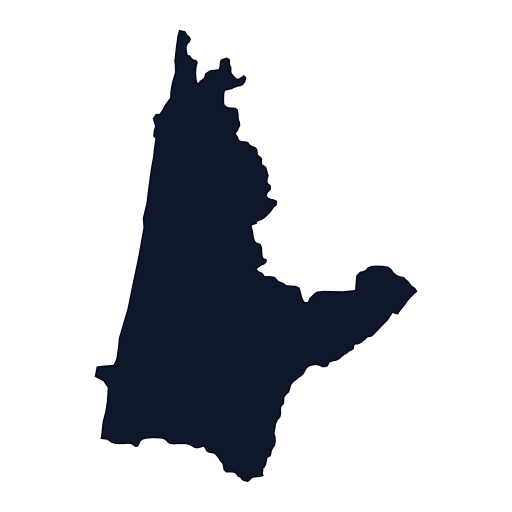 Hadera, Haifa, Israel (orthographic projection)
{"feature_id": "584046B72217003232480", "entity_name": "Hadera", "entity_type": "district", "adm_level": 2, "iso_a3": "ISR", "parent_name": "Israel", "parent_adm1": "Haifa", "projection": "orthographic", "projection_center": [35.034, 32.575], "detail": "fine", "context": "isolated", "style": "filled", "palette": "ink", "viewbox_px": 512, "rotation_deg": 0, "n_neighbors": 0, "source": "geoboundaries", "source_scale": "gbopen_adm2", "svg_char_len": 4889}
<svg xmlns="http://www.w3.org/2000/svg" viewBox="0 0 512 512"><path d="M262.7,475.4L262.1,473.5L262.6,470.5L262.6,467.9L264.0,467.1L265.3,464.7L266.1,461.4L266.8,457.6L270.0,455.6L270.7,453.4L271.0,451.0L272.5,447.8L274.4,445.2L275.1,441.1L274.9,437.1L273.8,433.7L274.1,431.1L274.7,428.5L275.2,424.4L276.6,420.9L277.5,419.3L279.7,416.9L280.4,414.0L280.4,412.9L280.3,409.2L280.6,406.7L282.3,404.5L283.1,403.9L283.5,402.1L283.5,400.6L283.6,398.7L283.8,396.8L284.7,395.7L286.0,393.9L287.7,392.7L288.5,391.6L288.9,390.5L289.6,388.2L289.9,387.2L290.0,386.3L290.8,384.4L291.9,382.8L293.3,381.3L296.1,379.3L298.9,376.8L300.4,376.0L302.3,374.2L302.8,373.8L303.7,372.7L304.1,371.3L305.8,368.7L306.2,368.1L307.5,366.7L308.8,365.8L311.1,365.0L314.3,364.5L316.7,364.4L320.0,365.3L322.9,366.6L325.2,366.4L327.3,365.7L328.6,362.9L329.2,361.5L331.6,361.1L333.6,360.4L335.6,360.2L337.4,359.4L339.4,358.3L341.0,356.7L342.4,355.6L344.2,354.2L346.2,353.2L348.9,350.8L350.2,350.3L352.0,349.5L353.1,348.6L353.5,346.1L353.6,344.9L355.1,343.8L357.4,343.8L358.7,343.3L361.1,342.1L363.0,340.3L365.3,338.8L365.8,337.7L367.2,336.9L368.8,336.4L370.9,336.1L372.7,334.9L376.3,331.1L382.1,325.0L387.6,319.5L389.5,316.3L391.2,314.0L391.7,312.6L392.6,312.1L395.5,313.2L397.9,313.7L398.4,312.1L400.0,310.2L401.6,308.0L404.0,305.3L406.4,301.6L408.2,299.5L410.9,296.3L412.9,294.8L413.9,293.3L416.5,291.3L414.6,288.4L411.5,286.4L409.8,284.2L407.9,281.8L405.1,279.4L403.7,277.8L400.5,277.1L397.1,276.0L394.9,274.5L393.3,273.1L390.5,269.1L387.7,267.3L382.4,266.5L376.7,266.3L371.7,266.6L368.3,267.9L366.1,270.6L362.7,272.0L360.4,272.3L357.0,275.8L356.1,285.7L355.8,290.3L353.7,291.0L350.3,291.2L342.5,292.0L323.5,291.6L317.2,292.3L314.5,294.2L312.1,296.5L310.2,298.3L308.6,302.4L305.8,302.9L303.9,302.3L302.7,300.5L301.4,297.3L300.2,292.5L299.0,288.2L295.6,286.6L286.0,285.9L283.7,284.0L280.5,282.6L277.9,281.7L276.0,279.3L274.4,277.5L270.5,276.9L267.1,276.8L264.3,276.8L262.0,273.5L258.4,272.0L255.9,269.7L256.7,268.1L259.1,266.3L261.0,265.0L263.9,263.8L265.7,262.2L266.2,260.1L262.9,258.6L262.0,256.3L261.5,252.4L261.4,247.6L260.0,244.5L256.5,243.4L254.5,241.4L253.3,238.3L252.6,233.5L252.2,230.8L250.9,226.6L251.7,224.6L254.5,223.7L256.1,223.3L256.7,221.4L259.0,220.0L261.0,219.5L265.0,216.9L266.6,215.3L269.2,212.7L271.1,210.4L273.0,207.4L276.2,204.6L276.2,201.2L273.5,200.1L270.3,199.4L267.2,197.9L266.1,195.3L267.2,192.2L269.6,189.9L270.4,188.3L270.0,185.7L267.1,183.4L266.7,180.0L268.0,175.8L267.5,174.6L266.6,171.0L265.5,167.3L261.4,164.6L261.1,161.7L261.5,158.9L259.8,157.0L257.2,155.2L257.0,152.3L256.5,149.4L255.0,147.7L252.7,147.0L249.7,145.5L248.0,143.1L246.5,142.2L242.9,142.0L239.3,141.2L237.9,139.3L237.3,137.1L235.3,134.4L235.0,132.8L236.8,131.2L238.3,127.8L239.5,125.6L239.3,122.7L238.0,118.9L237.8,113.7L237.0,109.6L235.3,108.6L233.2,108.3L229.9,108.2L226.3,107.3L223.7,104.7L223.4,102.5L223.4,96.8L223.7,92.6L224.8,90.1L227.7,89.3L231.6,88.5L233.6,87.3L237.4,86.0L240.5,85.4L242.9,84.1L244.5,81.8L245.6,77.9L243.7,75.9L242.2,77.2L238.9,79.3L236.5,79.4L234.5,77.6L231.5,74.1L230.6,72.2L230.7,67.5L229.4,64.9L229.2,60.0L227.0,58.3L225.3,58.7L221.5,60.1L220.6,62.2L220.2,66.3L219.6,69.6L214.3,70.6L211.7,70.6L209.4,71.5L205.8,73.9L204.9,77.8L202.6,79.9L200.3,81.4L198.9,83.6L196.9,83.4L196.0,80.4L195.4,75.1L195.6,69.4L196.2,65.1L197.1,62.6L196.1,60.9L194.2,60.3L192.5,59.9L191.0,58.0L189.6,56.2L187.2,55.5L186.3,51.9L185.8,47.0L187.4,43.2L189.1,41.7L190.2,39.2L188.8,36.8L186.7,35.3L185.6,33.0L184.9,31.9L179.6,30.7L178.2,36.1L176.9,44.8L175.0,61.4L175.5,64.6L175.7,72.4L172.5,83.4L171.1,91.8L170.9,98.0L165.6,105.1L162.6,110.8L159.9,114.5L156.2,114.7L153.5,118.6L154.6,122.0L155.8,126.4L154.6,130.0L153.9,136.2L156.2,138.2L154.6,148.8L153.7,157.5L151.6,168.9L149.5,184.2L147.0,203.9L143.5,218.3L144.2,227.5L139.1,256.3L132.5,287.7L128.3,308.5L119.6,338.1L118.6,348.4L117.0,359.1L114.0,365.6L105.6,366.2L97.3,367.1L95.5,376.3L103.9,380.7L108.5,387.6L107.6,401.5L105.9,412.1L103.4,421.3L101.6,437.8L101.4,438.3L104.3,438.7L106.6,438.8L109.4,440.3L111.5,442.0L114.5,443.0L118.3,443.4L121.0,443.4L123.7,443.4L126.8,443.1L128.2,443.0L130.3,443.3L131.7,443.5L133.7,444.8L134.8,445.8L135.9,446.3L137.7,445.8L138.9,443.1L140.1,440.9L142.4,438.9L145.4,438.1L152.3,437.4L158.6,437.6L161.9,437.9L164.2,438.5L167.0,440.6L168.2,442.2L170.4,443.3L173.7,443.6L177.9,443.4L183.0,443.4L186.7,443.5L189.7,444.4L192.7,446.0L194.2,447.0L196.6,447.6L198.4,447.4L200.3,447.0L203.1,446.0L204.1,446.1L204.9,447.2L205.8,448.7L206.9,450.8L209.0,451.9L211.0,452.3L214.5,453.0L216.5,454.8L218.2,457.0L219.2,458.3L220.6,461.0L222.2,462.2L223.4,464.5L223.8,467.3L224.2,469.5L226.2,471.7L229.6,471.7L233.0,471.8L235.5,472.5L237.4,474.5L238.3,476.2L240.3,476.9L241.1,477.3L241.7,478.7L243.8,480.2L247.6,481.3L249.5,480.0L250.5,478.3L253.1,476.9L256.4,476.6L260.1,476.3L262.7,475.4Z" fill="#0f172a" stroke="#020617" stroke-width="1.5"/></svg>